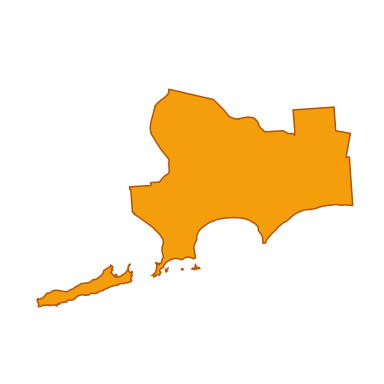 Rockingham, Western Australia, Australia, rotated 266°
{"feature_id": "25037944B36908504302594", "entity_name": "Rockingham", "entity_type": "district", "adm_level": 2, "iso_a3": "AUS", "parent_name": "Australia", "parent_adm1": "Western Australia", "projection": "orthographic", "projection_center": [115.705, -32.307], "detail": "fine", "context": "isolated", "style": "filled", "palette": "amber", "viewbox_px": 384, "rotation_deg": 266, "n_neighbors": 0, "source": "geoboundaries", "source_scale": "gbopen_adm2", "svg_char_len": 5890}
<svg xmlns="http://www.w3.org/2000/svg" viewBox="0 0 384 384"><g transform="rotate(266 192 192)"><path d="M173.9,132.6L170.3,137.8L167.7,140.8L166.4,142.1L163.5,145.8L160.2,149.6L157.2,152.4L155.0,154.1L153.5,155.7L150.4,157.7L147.6,159.3L146.6,159.7L145.0,159.9L143.5,159.9L141.7,159.4L138.7,158.2L135.1,157.9L130.5,158.9L129.5,158.8L128.6,158.5L125.7,157.0L123.7,156.6L123.2,156.2L122.9,155.2L122.9,154.8L123.9,150.8L123.6,150.8L122.6,154.6L121.8,154.3L122.3,152.4L122.9,152.2L123.0,151.6L122.4,151.5L120.8,151.6L118.3,151.4L114.6,150.1L113.6,149.3L113.2,148.3L112.1,147.8L112.0,146.9L111.7,146.5L111.6,147.4L110.8,148.3L110.4,148.2L110.7,148.5L110.7,148.9L110.4,149.3L110.5,150.0L111.1,150.1L111.6,150.4L111.9,151.9L111.8,152.8L111.3,153.9L111.8,153.9L112.8,154.6L113.3,154.6L113.8,154.9L114.1,155.4L114.6,155.0L114.9,154.2L115.8,154.2L116.9,154.7L118.0,156.0L118.6,157.8L119.1,158.2L121.1,158.9L123.1,160.9L124.6,163.2L126.0,165.8L126.7,168.9L126.8,171.9L126.5,173.5L125.3,176.4L125.1,177.3L127.1,181.1L127.4,182.4L127.4,183.4L127.1,185.2L125.7,188.3L125.3,188.7L125.6,190.3L126.1,190.6L128.9,190.7L130.9,190.4L133.9,190.4L134.2,190.1L134.8,190.0L136.5,189.9L139.6,190.8L144.6,193.7L145.4,193.4L145.9,193.4L148.2,193.8L151.7,195.5L153.7,197.2L156.0,199.8L158.5,204.1L159.2,205.0L160.3,207.3L161.3,210.0L162.6,214.5L163.1,217.0L163.8,224.4L163.5,232.6L162.9,237.7L162.2,241.0L161.4,243.5L159.6,247.6L155.8,252.9L154.3,254.3L152.8,255.3L152.0,255.5L149.0,255.6L147.7,256.3L145.1,258.1L143.1,258.9L141.0,259.3L136.2,259.2L136.0,259.3L135.9,259.8L136.0,261.6L136.4,262.0L137.7,262.5L139.2,263.3L141.2,265.0L143.1,267.0L143.9,267.7L149.1,273.7L150.0,274.4L151.5,276.1L154.8,280.8L155.3,281.7L155.6,282.9L156.7,285.0L159.2,287.9L160.5,289.7L162.8,293.3L164.1,296.0L165.4,299.8L166.0,301.9L166.5,305.8L166.3,308.2L166.8,313.7L168.0,317.7L168.5,320.3L168.9,323.3L169.3,327.9L169.2,330.6L169.6,334.4L169.4,335.9L168.4,339.2L168.4,344.3L167.8,348.3L167.4,351.4L215.9,351.4L215.9,348.1L239.4,354.1L243.1,339.6L266.8,339.6L266.8,298.5L260.5,298.7L241.9,298.7L241.8,297.7L243.4,296.6L243.5,292.1L246.8,287.2L246.9,269.2L247.7,268.1L252.0,264.3L254.1,263.2L257.1,262.6L259.8,260.6L261.9,258.3L262.9,252.8L261.9,244.1L261.6,244.1L261.6,242.7L261.8,240.9L262.3,239.1L264.6,234.4L272.4,228.9L282.8,219.7L296.0,176.4L295.9,176.3L295.9,176.1L295.3,176.0L292.8,175.6L290.9,174.5L290.7,174.2L290.2,173.7L289.2,172.6L284.3,165.3L282.5,163.1L281.4,162.1L280.2,161.4L280.3,161.2L265.4,156.2L262.6,155.5L259.6,154.9L257.0,154.7L256.3,154.9L253.2,155.2L236.9,163.8L227.2,170.6L226.3,171.0L224.7,171.4L221.7,170.6L217.8,170.9L213.4,170.5L212.7,170.2L211.7,169.2L211.3,169.1L211.0,168.0L210.6,166.9L208.8,164.5L204.2,160.1L204.3,151.8L204.1,151.5L201.4,151.5L201.5,130.1L198.8,130.1L198.7,131.1L176.1,131.2L174.7,133.2L173.9,132.6ZM96.7,72.7L97.2,75.0L96.4,78.8L96.6,80.3L96.4,81.6L96.5,81.9L97.3,82.8L97.7,83.8L97.9,85.7L97.5,88.5L97.6,89.1L98.0,90.1L97.9,90.8L98.6,91.6L99.4,93.2L99.8,94.4L99.8,96.6L100.8,97.5L100.9,98.2L101.6,99.8L101.7,100.7L102.2,101.5L103.4,104.9L103.6,106.4L103.9,106.9L104.2,108.3L104.1,110.9L104.4,111.6L105.1,112.1L105.0,112.8L105.8,115.4L105.7,116.2L105.2,117.2L106.2,119.5L106.0,121.0L105.7,121.7L106.6,123.2L106.6,124.1L106.8,124.8L107.9,125.7L108.4,125.5L109.0,125.0L109.0,124.7L110.0,124.8L111.0,125.2L111.3,125.8L111.6,125.8L111.7,125.5L111.9,125.5L112.0,125.9L112.7,126.2L112.9,126.5L113.6,126.3L113.5,125.9L113.6,125.7L114.3,125.7L115.7,126.9L116.5,127.0L116.7,126.6L116.5,125.9L116.0,125.4L116.0,124.6L116.8,123.8L117.4,123.5L118.6,123.3L120.2,123.3L122.5,123.8L123.3,124.4L124.0,125.4L124.3,125.3L124.3,125.0L123.8,124.3L122.9,123.5L121.9,123.2L119.1,122.5L117.4,121.2L116.2,120.0L114.8,118.2L112.6,114.0L112.4,112.2L112.7,111.2L114.7,111.2L115.0,109.6L114.8,109.7L114.5,110.9L114.3,111.0L112.6,111.0L112.5,110.5L112.7,109.7L113.1,108.8L113.8,108.7L113.8,108.4L114.4,107.6L115.6,106.6L116.1,106.4L116.6,106.5L117.4,105.4L120.0,107.5L120.1,107.3L119.9,107.1L120.6,106.3L122.4,107.8L122.5,107.4L123.5,107.2L124.6,105.8L124.0,105.8L123.4,105.3L120.0,98.8L119.6,98.5L117.4,97.7L115.2,95.9L114.4,94.9L114.0,93.8L111.9,90.9L111.6,89.3L111.5,87.9L111.1,86.6L110.8,86.0L109.4,84.6L109.1,83.8L108.7,82.0L108.5,77.9L108.2,74.8L105.9,70.6L105.5,68.8L104.7,68.0L103.7,66.6L103.2,65.0L103.1,64.0L101.8,62.1L101.5,61.1L101.3,59.7L101.6,57.8L103.4,50.7L103.5,47.8L103.0,46.1L101.3,43.1L101.0,41.9L101.3,40.8L101.2,40.3L98.0,37.2L96.5,34.9L95.7,32.9L95.5,32.1L95.7,31.7L96.3,31.3L96.2,30.4L95.4,30.3L94.6,29.9L94.4,30.2L92.9,30.4L91.9,31.0L90.4,31.0L89.8,31.3L89.0,31.1L88.4,30.7L88.3,31.7L88.3,33.1L88.4,33.6L88.8,34.0L89.1,34.6L89.3,35.5L89.4,37.0L89.1,38.3L89.6,39.8L89.3,40.4L88.9,40.9L89.0,41.1L89.2,41.4L89.2,41.6L88.8,41.7L88.7,42.9L88.5,43.2L88.8,43.8L89.2,45.8L89.1,46.7L88.9,47.1L88.6,47.4L88.5,48.0L88.2,48.4L88.5,48.9L88.0,49.3L88.8,49.4L89.1,49.2L89.4,49.5L89.2,50.4L89.8,50.8L89.7,50.9L89.3,50.9L89.3,51.7L89.5,52.0L89.9,51.8L90.2,52.7L90.6,53.0L90.8,54.4L90.7,55.5L91.0,56.3L91.1,57.5L90.9,58.9L92.5,60.4L92.8,61.2L92.9,62.5L92.5,64.0L92.8,65.3L92.8,66.4L93.8,67.5L94.3,68.6L95.8,69.7L96.1,70.2L96.1,71.1L96.8,72.2L96.7,72.7ZM115.1,188.3L114.4,188.9L114.4,189.2L114.8,189.9L115.2,194.4L116.3,193.7L115.9,193.1L115.9,192.5L116.6,191.9L116.9,191.2L117.6,190.8L118.2,190.8L118.4,190.6L119.4,190.4L119.2,190.2L117.3,190.1L116.1,189.5L115.8,188.5L116.0,187.9L115.9,187.1L115.7,186.8L115.4,186.6L115.0,186.6L115.1,188.3ZM114.1,161.1L115.1,161.4L115.5,160.7L116.2,160.7L116.6,160.1L115.3,160.1L115.3,160.3L115.1,160.4L114.9,160.3L114.7,160.6L114.7,160.3L114.3,160.4L114.4,160.6L114.1,160.7L114.1,161.1ZM115.8,177.7L116.1,176.9L115.9,176.5L115.9,176.0L115.7,176.0L115.5,176.4L114.8,176.9L115.0,177.3L115.3,177.0L115.5,177.1L115.7,177.6L115.8,177.7ZM116.9,162.6L117.8,162.7L117.5,162.2L117.3,162.4L116.7,162.3L116.9,162.6Z" fill="#f59e0b" stroke="#b45309" stroke-width="1.5"/></g></svg>